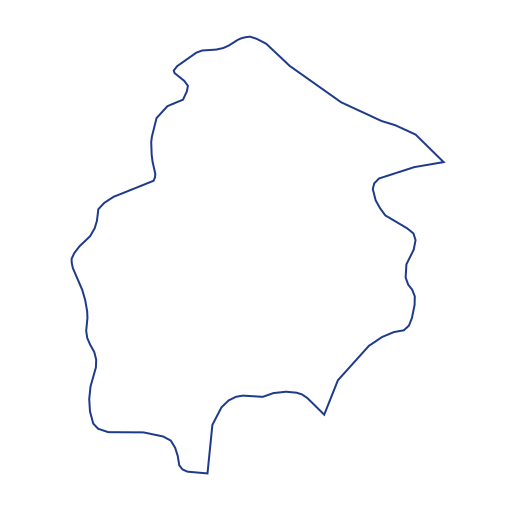 map outline of Harare (Albers equal-area conic projection), rotated 182°
{"feature_id": "ZWE-525", "entity_name": "Harare", "entity_type": "City", "adm_level": 1, "iso_a3": "ZWE", "parent_name": "Zimbabwe", "parent_adm1": "", "projection": "albers", "projection_center": [31.074, -17.86], "detail": "fine", "context": "isolated", "style": "outline", "palette": "blue", "viewbox_px": 512, "rotation_deg": 182, "n_neighbors": 0, "source": "natural_earth", "source_scale": "10m", "svg_char_len": 1415}
<svg xmlns="http://www.w3.org/2000/svg" viewBox="0 0 512 512"><g transform="rotate(182 256 256)"><path d="M264.2,116.0L271.0,114.6L278.2,110.8L285.2,103.6L293.7,85.7L296.9,37.0L317.1,38.1L322.1,40.2L325.4,44.2L327.2,53.3L330.1,61.5L334.8,68.6L342.6,72.4L362.3,75.8L397.5,74.8L407.7,77.8L412.8,82.8L416.5,94.9L417.7,107.1L416.8,120.0L412.1,139.1L412.1,146.8L414.3,154.4L418.6,161.5L421.8,168.2L423.1,175.3L422.3,188.1L422.8,194.8L425.2,206.1L428.4,215.9L438.6,237.5L439.9,242.7L440.2,246.7L437.7,252.6L432.7,259.6L422.4,270.1L418.2,278.1L416.2,285.6L415.2,297.3L409.5,303.8L400.4,310.2L361.0,327.6L359.7,331.0L359.5,334.5L362.7,346.8L363.8,353.5L364.7,366.1L364.2,371.7L360.2,390.4L349.7,402.7L334.4,409.7L330.8,418.2L330.0,423.7L333.8,428.5L343.7,435.9L344.7,438.5L341.3,443.1L322.8,457.1L317.0,459.5L303.0,460.9L296.0,462.7L290.5,465.4L281.6,471.5L277.7,473.3L273.9,474.3L269.6,475.0L263.0,473.1L253.2,468.5L228.9,447.1L176.3,412.6L135.3,395.3L121.5,391.6L100.7,382.9L71.8,356.4L100.8,350.4L135.7,337.8L140.4,332.7L141.6,327.0L138.4,315.9L133.7,308.1L128.2,301.1L105.7,288.8L99.4,284.0L97.1,277.4L98.6,267.8L105.4,252.9L105.7,239.7L102.9,232.7L98.7,227.7L95.9,221.2L95.8,212.6L98.0,199.5L100.7,191.8L105.7,186.9L115.5,184.8L127.1,179.5L140.0,170.2L169.8,134.7L182.3,99.8L199.8,115.9L205.3,119.3L210.7,120.8L221.2,121.4L233.8,119.6L244.3,115.5L264.2,116.0Z" fill="none" stroke="#1e3a8a" stroke-width="2"/></g></svg>